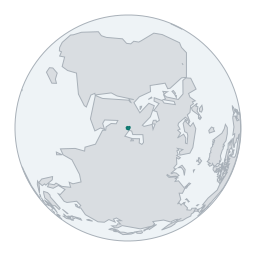 the Earth from above Zanjan, rotated 123°
{"feature_id": "IRN-3234", "entity_name": "Zanjan", "entity_type": "Province", "adm_level": 1, "iso_a3": "IRN", "parent_name": "Iran", "parent_adm1": "", "projection": "orthographic", "projection_center": [48.438, 36.394], "detail": "fine", "context": "on_globe", "style": "filled", "palette": "teal", "viewbox_px": 256, "rotation_deg": 123, "n_neighbors": 0, "source": "natural_earth", "source_scale": "10m", "svg_char_len": 10717}
<svg xmlns="http://www.w3.org/2000/svg" viewBox="0 0 256 256"><g transform="rotate(123 128 128)"><circle cx="128" cy="128" r="113" fill="#eef3f6" stroke="#a8b0b8"/><path d="M125.8,15.4L130.6,15.7L142.7,17.5L147.9,18.0L145.7,18.1L156.5,19.5L163.9,21.7L154.6,19.3L153.0,19.2L157.6,20.6L157.0,20.8L158.8,21.7L157.6,22.0L152.3,20.9L151.4,21.1L154.7,22.1L155.6,23.3L150.9,21.7L151.9,23.6L143.2,22.7L131.5,19.4L125.8,20.3L111.3,20.6L111.7,21.2L106.5,22.2L105.1,23.3L102.8,23.3L103.6,24.3L105.9,24.1L107.1,24.6L106.5,25.3L103.4,25.4L103.3,25.0L102.1,25.4L100.9,25.1L101.1,25.7L97.6,25.9L100.1,26.9L96.5,28.0L94.4,27.8L95.9,26.3L94.8,22.9L93.1,22.7L89.3,23.8L79.2,28.7L76.8,29.3L72.7,31.3L73.3,31.5L76.9,30.1L77.1,31.2L81.4,29.6L82.1,30.0L86.0,29.2L83.9,31.1L79.9,33.5L76.6,34.3L74.7,35.4L76.7,36.3L69.4,39.7L62.7,45.5L61.0,46.4L59.7,44.8L62.6,40.4L60.9,39.3L60.5,41.9L56.2,44.5L54.9,45.9L54.3,47.0L55.4,46.9L53.6,48.3L53.3,46.0L54.9,44.6L55.0,45.3L56.3,43.4L56.1,42.3L54.0,44.0L55.9,41.5L54.4,42.8L54.0,43.1L54.3,42.8L56.3,41.2L54.4,42.7L61.2,37.3L68.3,32.5L75.8,28.2L83.7,24.4L91.8,21.3L100.1,18.9L108.5,17.1L117.1,15.9L125.8,15.4ZM15.7,136.2L16.6,144.0L17.3,149.0L15.7,136.2ZM129.7,15.4L129.9,15.4L128.2,15.4L129.7,15.4ZM151.8,18.5L149.2,17.9L151.9,18.4L151.8,18.5ZM159.3,21.8L160.2,22.0L160.8,22.4L159.3,21.8ZM86.8,28.3L86.4,28.7L85.9,28.6L86.8,28.3ZM88.9,27.6L88.6,27.1L89.6,26.8L89.7,27.0L88.9,27.6ZM159.5,23.3L160.1,24.1L158.6,23.1L159.5,23.3ZM89.0,28.3L91.3,26.1L92.9,25.5L94.9,26.2L89.0,28.3ZM159.9,24.4L161.4,26.7L163.6,27.1L158.3,27.5L158.7,25.3L156.4,23.8L158.7,24.6L159.9,24.4ZM107.0,23.8L104.4,24.0L107.1,23.1L107.0,23.8ZM108.4,23.1L115.1,20.4L118.5,20.6L115.6,21.4L120.5,21.3L118.9,22.7L115.8,23.1L113.9,22.6L114.8,23.6L108.4,23.1ZM155.0,27.4L154.6,27.9L154.0,27.2L155.0,27.4ZM107.8,24.7L108.8,24.0L111.8,24.1L110.3,25.5L109.8,25.0L107.8,24.7ZM122.6,20.7L124.6,21.1L123.8,22.4L124.5,22.7L119.1,22.8L122.6,20.7ZM108.8,25.4L109.4,26.2L107.4,26.9L106.9,25.3L108.8,25.4ZM113.3,23.6L114.6,23.8L113.4,24.1L113.3,23.6ZM100.7,30.1L101.8,29.2L103.5,29.1L100.7,30.1ZM109.8,26.5L110.5,26.3L111.3,26.2L111.3,26.9L109.8,26.5ZM119.0,23.8L118.2,24.2L121.1,23.8L120.7,24.8L117.2,24.7L118.5,25.2L118.4,25.6L115.7,25.1L119.0,23.8ZM113.7,27.4L109.1,27.9L106.6,29.6L105.0,29.7L109.4,26.9L113.7,27.4ZM115.1,26.1L113.9,26.9L112.5,26.5L112.6,25.7L115.1,26.1ZM121.6,25.6L123.2,24.0L123.9,24.1L121.6,25.6ZM113.2,28.0L114.3,27.8L113.2,28.1L113.2,28.0ZM119.3,26.4L119.8,25.8L120.6,25.9L119.3,26.4ZM116.2,28.2L114.7,28.3L114.7,27.7L116.2,28.2ZM117.8,27.4L118.8,27.8L115.5,27.5L117.9,27.1L117.8,27.4ZM120.0,26.6L120.6,26.5L119.7,26.9L120.0,26.6ZM117.2,30.5L113.1,30.3L113.0,28.9L117.0,29.3L117.2,30.5ZM31.0,150.2L28.4,131.2L31.3,127.1L33.0,120.0L53.7,106.6L56.8,110.4L71.7,114.3L73.4,116.1L70.2,121.3L80.3,132.6L85.2,128.9L95.7,135.5L103.5,136.8L108.8,126.3L95.9,124.0L95.0,118.1L106.4,115.3L117.9,117.5L117.9,115.4L111.8,109.7L115.6,106.2L109.9,107.4L111.3,109.9L107.8,110.9L106.2,108.7L107.6,107.4L104.5,105.9L98.6,112.7L99.5,115.9L90.6,115.3L91.2,120.8L88.3,122.5L86.3,114.0L87.4,111.3L82.6,101.1L80.6,103.8L85.0,113.8L83.1,112.5L80.5,116.7L81.0,112.6L76.7,101.4L69.5,100.4L58.2,107.9L54.4,106.7L52.1,102.5L58.3,92.1L66.1,96.0L68.4,92.8L68.6,86.4L70.9,88.3L72.0,86.3L75.1,87.6L81.2,84.5L84.7,85.4L88.8,79.7L91.1,79.5L88.0,82.8L87.7,85.8L96.5,88.3L98.6,87.5L100.6,83.7L102.8,85.1L103.5,81.1L109.4,81.0L102.9,78.0L105.0,74.0L109.4,71.6L109.0,69.9L101.8,73.7L99.9,75.8L100.2,78.4L94.2,84.2L90.8,84.3L92.7,76.6L88.1,76.2L91.6,70.8L109.0,63.0L115.4,62.4L122.5,69.7L120.0,71.9L116.2,70.3L118.2,75.5L118.8,73.3L120.5,74.6L123.0,71.4L124.4,72.2L124.4,67.9L126.4,68.5L126.4,71.2L131.7,67.4L136.3,68.0L136.9,66.8L136.1,65.4L142.4,67.3L142.5,66.4L140.5,65.3L139.5,62.9L140.0,59.4L142.2,60.3L142.3,61.6L145.7,65.9L145.6,69.7L146.5,69.7L147.1,66.7L143.0,61.4L142.7,59.1L145.0,61.3L144.2,60.3L144.7,59.4L147.2,59.4L144.8,56.9L147.9,47.4L153.1,46.8L154.8,49.6L159.2,44.8L164.8,45.1L162.9,44.1L163.8,41.5L162.0,41.3L161.2,40.7L162.6,34.6L164.6,34.1L163.0,31.0L162.1,30.5L160.5,30.7L158.3,27.5L163.6,27.1L165.6,28.1L167.6,27.4L171.7,29.9L176.0,31.9L179.2,35.3L182.3,36.8L182.8,36.4L187.4,38.4L195.3,44.3L186.9,41.2L174.7,34.0L179.5,36.9L177.8,36.9L179.1,38.3L182.6,40.5L183.4,40.4L185.8,48.0L192.9,56.2L193.9,53.5L196.9,54.2L205.8,62.6L213.0,79.7L217.1,82.1L219.0,84.8L218.9,88.2L216.3,84.3L214.1,84.5L212.6,82.0L211.7,86.6L209.4,83.2L209.8,88.7L212.3,90.6L213.9,87.6L215.2,94.2L219.9,96.5L223.0,102.1L223.9,116.5L220.9,123.8L221.3,125.9L218.7,125.4L217.4,131.2L223.7,138.6L224.3,141.6L221.1,150.7L220.7,148.6L213.9,147.3L214.1,155.1L219.3,157.9L221.1,163.5L217.8,163.9L215.8,159.0L213.4,158.4L213.0,151.8L209.0,143.8L205.5,147.8L204.8,143.8L198.8,138.0L193.3,143.4L185.2,157.7L185.8,167.8L182.3,173.3L173.9,161.2L171.0,151.8L167.5,153.6L159.3,146.5L143.8,148.1L142.0,145.5L139.0,147.0L133.4,144.6L130.9,140.2L127.2,140.6L134.0,152.0L138.0,151.7L141.9,147.0L143.0,151.1L148.5,154.2L140.8,164.5L118.5,173.1L117.1,165.5L104.3,142.6L105.1,140.2L105.1,139.9L105.0,139.4L103.0,143.2L101.0,138.6L107.1,154.7L107.7,161.2L118.2,173.6L117.0,174.7L120.6,177.1L133.1,174.4L133.0,176.9L126.6,188.0L110.0,201.1L112.7,210.0L112.3,216.7L103.0,219.8L104.9,224.5L100.3,225.3L100.7,227.6L97.6,229.2L92.0,229.8L81.3,226.8L79.7,224.7L73.0,219.1L63.4,205.3L65.1,200.6L63.8,195.5L56.2,181.2L57.8,175.3L55.9,171.5L52.1,170.4L50.1,165.8L47.8,164.5L34.4,158.0L31.0,150.2ZM45.1,116.1L44.2,118.0L45.1,116.1ZM129.2,125.7L136.6,126.2L134.6,119.0L137.3,118.7L135.7,116.5L134.5,118.5L130.7,112.5L134.4,110.5L134.2,107.4L131.7,107.1L125.5,111.9L130.9,120.4L128.6,123.2L129.2,125.7ZM56.3,44.6L56.2,44.9L55.3,46.2L55.1,45.9L56.3,44.6ZM55.1,50.7L52.2,52.9L54.1,51.0L53.2,50.9L56.1,47.0L60.3,46.7L57.9,47.4L55.1,50.7ZM61.1,42.1L58.8,44.3L61.2,41.9L61.1,42.1ZM74.6,75.0L75.1,76.9L73.0,78.7L68.7,78.4L71.6,75.6L74.6,75.0ZM76.3,79.2L79.3,72.1L82.2,72.3L80.0,73.3L81.6,74.1L78.6,76.1L78.3,83.6L76.5,85.8L69.5,83.4L72.8,82.9L72.1,80.9L76.3,79.2ZM82.2,56.0L83.6,53.6L87.9,57.0L86.1,58.9L81.7,58.5L81.2,56.0L82.2,56.0ZM92.0,30.1L92.3,29.4L93.1,29.3L93.6,29.8L92.0,30.1ZM101.1,29.7L91.8,33.1L91.7,32.4L86.5,35.5L84.0,35.1L87.4,33.0L81.6,35.2L83.7,33.2L79.8,34.9L87.7,30.4L89.4,28.8L88.5,30.6L90.8,31.0L92.2,30.8L97.6,28.9L102.3,26.2L105.3,26.3L106.2,27.2L105.5,27.9L103.8,27.5L104.1,28.7L101.1,28.7L101.1,29.7ZM114.7,41.1L112.9,39.7L113.1,43.3L110.1,42.8L110.3,43.3L107.6,43.9L104.7,45.6L103.5,45.0L102.9,45.9L101.0,46.5L99.8,47.5L97.2,47.1L95.5,48.4L95.3,47.5L92.9,49.9L93.5,47.9L91.2,48.6L91.8,50.2L81.2,46.4L76.3,46.8L71.9,48.3L73.5,45.0L78.7,41.6L85.4,38.9L89.9,39.1L89.8,37.7L91.9,37.5L91.1,38.7L93.6,36.8L95.2,36.9L101.1,35.3L103.8,32.7L106.0,32.2L105.7,33.3L108.2,32.0L109.1,33.8L110.7,33.6L113.2,35.2L111.7,37.8L113.6,37.3L115.6,38.7L114.7,41.1ZM117.8,31.0L116.7,33.9L114.4,35.1L111.0,31.7L109.4,31.7L107.1,29.9L110.3,28.2L110.7,28.9L111.8,29.1L110.3,29.6L112.3,29.4L112.9,30.4L114.6,30.6L113.8,31.4L117.8,31.0ZM76.1,114.6L77.5,115.4L79.9,116.0L78.3,118.7L76.1,114.6ZM73.0,107.1L74.4,107.2L73.3,111.1L71.9,110.4L73.0,107.1ZM76.1,104.1L74.6,106.9L74.5,105.0L76.1,104.1ZM89.4,82.8L91.0,82.9L90.8,83.8L89.5,84.9L89.4,82.8ZM114.6,52.7L114.0,51.5L114.7,51.2L115.5,48.3L117.8,48.5L118.2,50.4L114.6,52.7ZM106.1,127.8L103.3,129.6L102.3,128.4L103.5,128.0L106.1,127.8ZM89.7,124.4L93.0,126.6L89.3,125.1L89.7,124.4ZM117.3,52.6L117.4,51.3L118.5,52.2L117.3,52.6ZM119.6,48.6L121.0,49.5L118.2,48.2L119.6,48.6ZM154.1,237.4L155.1,237.3L153.2,237.7L154.1,237.4ZM131.9,216.3L125.6,226.8L120.2,226.7L118.6,223.7L120.5,217.3L126.6,215.5L129.5,212.3L131.9,216.3ZM232.7,165.0L233.7,163.7L233.6,164.1L232.7,165.0ZM231.8,165.4L233.1,163.6L231.4,166.6L231.8,165.4ZM233.6,162.9L234.9,160.0L235.4,158.5L235.2,159.5L233.6,162.9ZM230.8,166.8L224.5,173.5L221.7,175.0L222.6,172.9L227.1,169.1L230.8,166.8ZM222.4,173.1L217.8,172.6L209.8,164.8L212.7,163.3L220.7,165.8L220.3,167.5L223.0,168.5L222.4,173.1ZM232.5,155.2L232.0,159.6L228.7,163.1L227.1,164.2L226.0,160.2L226.7,157.0L228.1,155.7L232.2,141.2L233.9,141.4L232.9,146.9L234.2,148.8L232.5,155.2ZM186.3,168.6L189.3,173.3L187.2,175.0L186.3,168.6ZM232.9,132.5L231.9,138.8L232.5,131.4L232.9,132.5ZM232.6,126.2L233.2,128.1L232.1,127.1L232.6,126.2ZM222.1,128.8L220.7,130.7L220.2,129.3L221.7,126.0L222.1,128.8ZM225.4,106.9L227.2,111.2L227.5,112.9L226.0,111.0L225.4,106.9ZM137.1,54.9L133.3,58.5L132.1,61.7L133.9,64.2L129.8,62.4L131.6,57.5L137.1,54.9ZM146.3,48.1L144.8,46.2L146.5,46.2L147.1,46.7L146.3,48.1ZM144.7,47.6L140.8,46.8L140.6,45.3L143.7,46.1L144.7,47.6ZM129.0,49.3L127.7,50.3L126.8,49.5L129.0,49.3ZM218.1,195.6L219.6,193.4L220.1,192.7L222.6,188.5L229.1,177.5L234.5,164.6L235.0,163.2L231.8,171.8L227.9,180.1L223.3,188.1L218.1,195.6ZM235.1,161.1L236.8,155.6L237.3,154.0L235.1,161.1ZM240.1,139.3L239.8,140.8L239.8,140.0L240.2,137.0L239.6,138.7L240.3,134.4L240.3,136.8L240.5,133.6L240.1,139.3ZM238.2,146.2L238.1,147.4L237.8,147.4L238.2,146.2ZM238.7,144.4L239.4,142.9L238.5,145.6L238.7,144.4ZM235.0,148.6L235.4,150.3L236.7,146.4L235.7,150.5L236.3,152.9L235.9,155.0L235.3,152.2L234.6,157.3L234.0,158.2L233.9,154.9L234.7,149.1L235.4,146.1L237.6,141.0L235.0,148.6ZM238.8,141.4L238.5,139.2L238.7,136.7L239.0,137.5L238.8,141.4ZM237.2,134.2L235.9,132.6L235.1,135.5L236.2,127.5L237.4,130.3L237.2,134.2ZM235.3,128.2L234.7,130.9L235.0,126.6L235.3,128.2ZM234.2,130.2L233.7,127.9L234.4,127.1L234.2,130.2ZM235.8,127.6L235.0,123.2L235.9,125.0L235.8,127.6ZM232.0,123.1L234.5,124.5L232.1,126.1L229.7,118.5L230.6,116.9L232.0,123.1ZM222.4,84.3L220.9,82.5L221.0,80.8L222.0,82.5L222.4,84.3ZM220.1,74.1L220.6,79.7L220.7,84.6L221.7,84.7L223.6,89.0L221.0,87.0L219.3,81.0L219.6,77.9L217.6,74.6L216.5,71.0L213.5,67.8L212.4,65.5L215.2,67.6L220.1,74.1ZM212.2,66.5L206.7,60.4L207.9,58.9L209.4,59.8L211.4,63.2L210.7,63.8L212.2,66.5ZM205.7,58.5L205.0,59.1L195.2,53.0L193.4,51.4L201.5,54.8L201.2,55.7L203.4,57.5L205.7,58.5ZM155.8,28.2L154.7,27.9L155.7,27.8L155.8,28.2ZM160.2,40.6L159.3,39.7L160.4,39.5L160.2,40.6ZM157.2,37.1L156.6,38.1L156.3,36.7L157.2,37.1ZM155.3,40.3L155.9,38.3L156.6,40.7L155.3,40.3Z" fill="#d9dde1" stroke="#a8b0b8" stroke-width="1"/><path d="M128.7,126.4L128.9,126.6L129.1,126.7L129.2,126.8L129.3,127.2L129.1,127.2L129.0,127.3L128.9,127.5L129.0,127.7L129.1,127.8L129.2,128.0L129.3,128.0L129.5,128.3L129.5,128.6L129.2,128.7L129.1,128.8L128.9,129.0L128.8,128.9L128.7,128.9L128.6,129.0L128.4,129.0L128.5,129.3L128.6,129.5L128.4,129.6L128.1,129.5L127.8,129.5L127.7,129.5L127.7,129.4L127.1,129.0L127.1,128.9L127.3,128.7L127.2,128.3L127.2,128.2L126.3,127.8L126.0,127.3L126.0,127.2L126.3,126.8L126.4,126.7L126.5,126.6L127.2,126.4L127.4,126.4L127.5,126.4L127.8,126.5L128.0,126.4L128.3,126.5L128.3,126.4L128.5,126.4L128.7,126.4Z" fill="#14b8a6" stroke="#0f766e" stroke-width="1.5"/></g></svg>